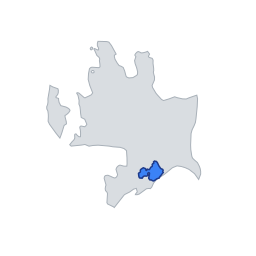 Salyan District, Salyan, Azerbaijan (highlighted), rotated 40°
{"feature_id": "54616110B55207089168458", "entity_name": "Salyan District", "entity_type": "district", "adm_level": 2, "iso_a3": "AZE", "parent_name": "Azerbaijan", "parent_adm1": "Salyan", "projection": "equal_earth", "projection_center": [49.031, 39.666], "detail": "fine", "context": "in_parent", "style": "filled", "palette": "blue", "viewbox_px": 256, "rotation_deg": 40, "n_neighbors": 0, "source": "geoboundaries", "source_scale": "gbopen_adm2", "svg_char_len": 5613}
<svg xmlns="http://www.w3.org/2000/svg" viewBox="0 0 256 256"><g transform="rotate(40 128 128)"><path d="M168.6,197.8L167.7,197.7L161.3,199.3L159.9,198.8L154.5,191.5L153.3,190.7L151.0,190.4L149.6,189.2L148.4,187.3L147.8,185.8L142.1,181.9L141.3,180.5L141.2,179.2L142.0,178.1L143.0,177.1L145.8,176.2L149.0,175.3L150.1,174.7L150.6,173.7L150.6,172.0L150.0,170.4L145.4,167.4L144.9,166.1L144.7,164.5L145.0,162.9L145.7,161.6L149.5,159.8L151.6,158.0L150.3,156.0L146.3,151.4L141.4,146.3L138.2,146.3L134.5,147.8L128.5,152.1L125.2,154.0L120.9,157.0L116.1,160.4L112.3,164.0L109.8,167.0L105.6,168.3L103.4,170.9L96.1,178.4L94.1,178.3L94.0,174.6L94.2,171.6L93.7,169.9L91.5,167.5L91.4,166.5L92.1,165.9L93.8,166.3L96.1,166.2L97.2,165.2L94.8,162.2L92.7,160.1L90.8,158.7L90.4,157.9L90.4,157.3L90.8,156.6L94.0,154.9L94.3,153.4L94.1,151.6L89.2,149.1L85.4,150.0L82.1,147.1L80.0,144.9L77.4,142.5L75.0,141.2L72.8,138.3L68.8,135.2L66.3,134.3L66.3,133.8L66.8,133.3L67.9,132.8L75.0,132.9L75.8,132.4L76.3,131.1L77.3,129.1L78.5,126.3L78.4,123.8L71.4,120.0L66.3,116.4L62.8,111.7L60.4,107.4L60.5,105.9L61.3,104.6L66.8,100.6L67.2,99.6L67.1,98.9L65.2,96.9L62.8,94.8L62.0,93.3L60.5,92.5L57.5,92.4L52.4,89.9L51.3,89.6L51.1,89.1L51.3,88.6L55.0,87.6L55.0,86.7L53.9,85.6L51.8,84.8L50.0,82.7L49.3,80.9L56.1,75.5L58.1,74.5L62.4,75.5L71.4,79.0L70.8,81.0L71.7,82.1L73.7,83.6L77.7,85.1L81.0,85.9L82.8,85.2L85.4,84.7L88.7,86.4L91.8,88.6L93.3,89.6L94.2,89.8L96.5,89.1L99.4,86.2L100.6,82.7L100.9,81.1L99.3,78.8L95.9,76.3L92.1,74.1L89.7,72.1L88.2,68.3L86.6,67.9L86.2,67.4L86.0,66.1L86.1,64.3L86.6,62.9L88.2,62.3L89.7,62.1L91.2,60.7L93.0,58.1L93.7,56.7L97.0,57.5L97.5,59.9L98.0,60.3L99.4,60.1L101.7,59.1L103.5,59.8L105.8,62.6L109.1,65.6L110.8,67.5L111.5,68.9L113.1,70.2L115.5,71.8L117.4,74.2L119.1,79.9L120.8,81.2L127.1,83.4L129.3,83.8L135.4,84.6L137.6,84.1L140.8,79.2L143.7,74.1L146.3,73.1L151.1,70.6L154.0,68.3L155.2,65.9L158.0,61.2L159.6,58.6L162.5,60.9L167.3,67.2L174.3,77.5L176.1,80.5L177.2,83.9L178.2,88.0L179.8,91.6L186.9,100.8L190.0,104.2L195.0,108.6L196.8,109.6L199.2,109.8L203.5,109.9L207.5,111.6L209.5,112.8L211.5,114.5L213.3,116.6L215.2,122.0L208.3,120.2L201.3,120.5L197.4,121.6L193.6,123.2L189.9,125.5L187.6,129.8L185.7,139.9L182.9,149.4L183.0,153.8L184.2,158.1L184.1,160.1L182.8,160.9L181.2,162.7L179.0,171.5L177.9,173.2L176.5,174.3L176.2,173.3L176.2,171.0L173.2,168.9L171.6,171.2L170.4,176.0L168.2,181.1L168.1,182.1L168.6,197.8ZM65.9,108.3L66.2,106.9L65.3,106.3L64.4,106.3L63.6,107.0L63.6,108.6L64.7,108.9L65.9,108.3ZM42.3,147.7L41.3,146.3L40.8,145.5L43.9,144.9L49.1,143.0L50.4,143.9L51.9,145.8L52.6,147.5L52.7,150.5L53.3,151.0L55.8,150.0L56.9,151.2L58.8,152.7L62.1,154.1L67.0,151.8L69.4,151.3L71.3,151.3L72.4,152.0L72.7,154.4L72.3,157.3L71.7,158.9L72.7,160.0L76.6,162.8L78.2,164.4L77.4,167.1L80.2,173.7L81.2,176.3L82.3,179.5L76.3,178.3L65.5,175.6L62.5,174.2L59.7,170.5L58.1,168.7L55.6,166.4L53.6,165.6L52.1,164.0L51.3,161.6L50.0,159.5L47.8,157.0L42.9,148.6L42.3,147.7ZM49.8,91.6L49.1,92.0L48.1,91.6L47.8,90.5L47.9,89.5L48.9,89.2L49.8,89.5L50.0,90.5L49.8,91.6Z" fill="#d9dde1" stroke="#a8b0b8" stroke-width="1"/><path d="M183.6,139.4L183.1,139.3L182.7,139.1L182.5,138.9L182.3,138.5L182.3,138.1L181.9,137.7L181.5,137.5L181.2,137.4L180.8,137.5L180.4,137.6L180.0,137.8L179.5,137.9L179.1,137.9L178.5,137.9L178.2,137.8L177.7,137.6L177.4,137.5L176.8,137.4L176.4,137.3L175.7,137.0L175.2,136.8L174.8,136.6L174.2,136.3L173.5,136.0L173.1,135.8L172.7,135.6L172.2,135.5L171.7,135.5L171.2,135.4L170.8,135.6L170.7,135.7L170.5,135.9L170.2,136.1L169.8,136.1L169.8,136.3L169.6,136.5L169.3,137.1L169.3,137.5L169.7,137.9L170.0,138.0L170.4,138.5L170.4,138.8L170.3,139.0L170.0,139.3L169.9,139.7L169.9,140.0L170.0,140.4L170.1,140.6L170.4,140.8L170.8,141.2L171.1,141.6L171.2,142.1L171.0,142.5L170.8,143.0L170.7,143.4L170.7,143.8L170.9,144.4L171.0,144.8L171.0,145.3L171.1,145.8L171.1,146.1L170.7,146.4L170.3,146.7L169.7,146.9L169.2,147.1L169.1,147.5L169.1,147.8L169.5,148.2L169.5,148.6L169.2,148.8L168.9,148.8L168.5,148.5L168.1,148.2L167.7,148.0L167.3,148.0L166.9,148.0L166.6,148.2L166.1,148.4L165.5,148.5L165.3,148.7L165.2,148.8L165.1,149.2L164.9,149.7L164.8,150.2L164.6,150.7L164.5,151.0L164.5,151.3L164.5,151.7L164.5,152.3L164.8,152.7L165.2,153.1L165.5,153.4L165.7,153.9L165.6,154.4L165.5,154.7L165.3,155.2L165.2,155.6L165.2,156.0L165.4,156.2L165.7,156.5L166.1,156.8L166.2,157.0L166.5,157.2L166.7,157.5L167.0,157.8L167.4,158.0L167.7,158.3L168.2,158.6L168.5,158.6L168.9,158.8L169.1,158.7L169.6,158.5L169.8,158.3L170.0,158.1L170.4,157.7L170.9,157.6L171.0,157.4L171.2,157.1L171.0,156.7L171.0,156.3L171.0,155.8L170.9,155.4L171.1,154.9L171.4,154.4L171.6,154.1L171.8,153.9L172.2,153.7L172.5,153.3L172.8,153.2L173.2,152.9L173.4,152.4L173.6,152.0L173.6,151.7L173.3,151.1L173.0,150.8L172.7,150.6L172.4,150.3L172.3,149.9L172.3,149.3L172.3,149.2L172.5,148.8L172.9,148.7L173.3,148.7L173.6,148.9L173.8,149.2L174.0,149.6L174.2,149.8L174.6,150.3L174.7,150.6L174.9,151.0L175.0,151.3L175.2,151.5L175.5,151.9L175.5,152.2L175.7,152.5L175.9,152.9L176.1,153.0L176.3,153.3L176.5,153.4L177.0,153.4L177.3,153.5L177.6,153.6L178.1,153.7L178.4,153.5L178.6,153.4L178.7,153.2L179.0,153.0L179.3,152.8L179.7,152.7L180.3,152.7L180.6,152.6L181.2,152.4L181.4,152.3L181.6,152.0L181.8,151.9L181.9,151.6L182.0,151.2L182.2,150.9L182.2,150.5L182.4,150.2L182.5,149.5L182.6,149.1L182.7,148.5L183.0,148.0L183.1,147.8L183.2,147.6L183.4,147.3L183.5,147.2L183.8,146.8L184.0,146.6L183.9,146.4L183.9,145.9L183.8,145.6L183.7,145.1L183.7,144.7L183.7,144.2L183.7,143.1L183.7,142.4L183.6,141.6L183.6,141.0L183.6,140.4L183.6,140.0L183.6,139.5L183.6,139.4Z" fill="#3b82f6" stroke="#1e3a8a" stroke-width="1.5"/></g></svg>